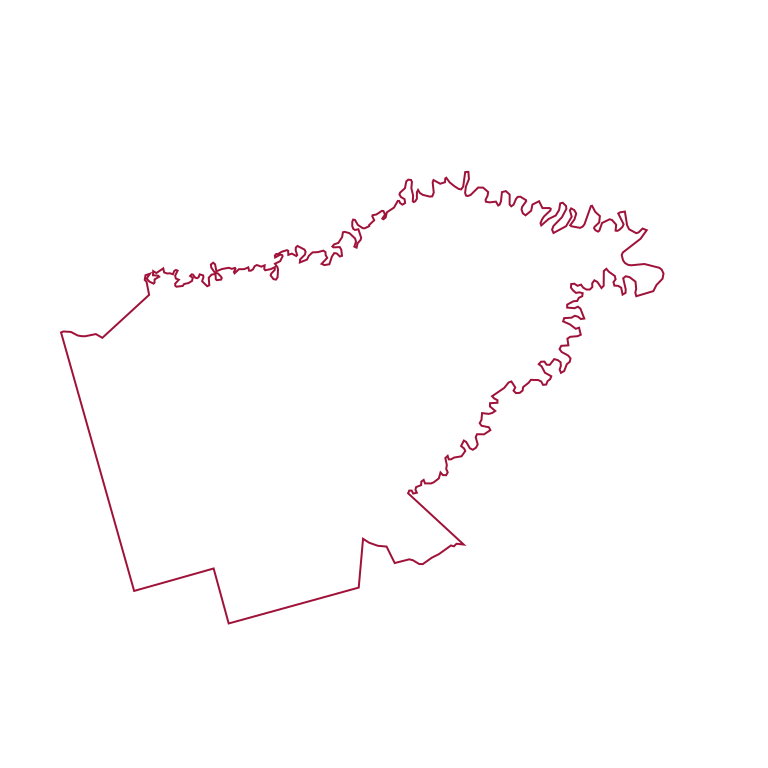 San Pedro, Misiones, Argentina, rotated 255°
{"feature_id": "61730980B51205763692060", "entity_name": "San Pedro", "entity_type": "district", "adm_level": 2, "iso_a3": "ARG", "parent_name": "Argentina", "parent_adm1": "Misiones", "projection": "orthographic", "projection_center": [-53.77, -26.751], "detail": "fine", "context": "isolated", "style": "outline", "palette": "rose", "viewbox_px": 768, "rotation_deg": 255, "n_neighbors": 0, "source": "geoboundaries", "source_scale": "gbopen_adm2", "svg_char_len": 6162}
<svg xmlns="http://www.w3.org/2000/svg" viewBox="0 0 768 768"><g transform="rotate(255 384 384)"><path d="M193.9,306.9L239.9,323.7L234.6,328.5L229.3,336.2L226.3,344.4L208.3,348.0L208.1,363.0L206.3,366.3L201.0,371.4L200.0,374.8L203.9,385.4L205.4,392.8L210.7,406.9L209.1,409.5L210.9,412.7L208.3,419.4L272.2,379.0L274.5,380.8L273.9,383.1L270.6,383.9L270.5,387.6L273.7,387.0L276.1,388.3L276.7,393.7L280.1,394.8L281.1,397.5L277.4,397.9L275.8,403.6L276.1,406.4L278.6,412.5L283.9,415.7L280.8,417.3L279.8,420.4L282.2,422.7L285.9,422.1L289.4,423.7L296.6,424.1L298.1,426.9L294.5,427.0L293.9,429.3L294.8,432.7L294.1,440.2L298.3,445.2L301.1,444.6L304.1,442.4L308.7,446.5L306.8,448.4L299.7,450.3L297.5,452.8L298.7,456.4L301.4,458.9L308.8,458.8L311.4,460.8L309.5,467.6L311.9,474.8L315.1,474.1L318.4,467.4L321.4,466.3L324.2,468.9L330.5,471.2L328.0,477.5L328.0,481.1L329.2,484.5L334.9,480.5L338.0,481.5L336.5,488.7L339.0,489.4L341.5,486.7L344.2,485.2L349.1,499.1L353.2,504.7L353.5,507.7L346.7,509.9L344.0,507.4L341.1,509.1L340.3,512.8L341.8,516.2L345.0,517.6L347.8,524.1L350.0,526.9L347.9,534.0L345.7,536.5L342.0,537.4L341.5,540.6L344.3,542.6L345.7,545.8L348.2,547.6L353.2,542.4L360.3,540.8L363.1,538.6L364.9,541.5L364.1,544.8L360.6,546.0L359.6,549.0L364.0,554.9L362.0,558.1L359.3,560.2L355.6,559.5L352.5,557.4L349.0,557.8L349.9,561.4L355.8,565.7L357.3,569.1L360.5,570.8L363.9,569.2L368.9,563.9L372.3,562.6L375.0,565.1L373.6,572.1L380.3,572.9L381.4,576.0L380.1,583.3L380.6,586.8L387.9,587.0L387.7,583.5L393.5,579.0L398.1,573.2L401.0,575.1L399.5,582.3L400.5,585.9L398.8,588.8L395.8,591.0L395.4,594.4L406.0,593.2L408.5,591.3L407.9,587.7L410.4,580.7L413.3,581.5L414.9,588.6L414.2,592.1L416.8,594.5L417.5,598.2L420.3,599.4L422.0,596.4L422.3,593.0L425.4,590.9L428.7,589.5L432.1,590.7L431.6,593.8L428.8,596.3L429.0,600.0L425.6,601.3L422.9,603.9L422.0,607.3L423.7,610.3L427.4,611.2L429.7,614.0L427.4,616.5L420.4,618.9L422.0,621.6L436.3,625.6L437.7,628.6L434.3,630.2L428.6,634.9L425.2,634.8L423.0,632.0L419.4,632.0L418.2,635.6L415.6,638.0L408.6,637.6L409.5,640.9L413.0,642.0L424.2,642.4L425.5,645.4L423.7,648.8L417.8,653.4L410.5,652.2L407.3,650.4L403.5,650.4L404.0,668.2L409.1,672.8L413.6,680.3L418.4,682.6L422.7,681.8L425.0,680.0L432.5,666.6L434.7,653.4L436.0,650.5L438.6,648.0L441.6,646.9L447.1,647.0L449.2,648.7L457.9,669.4L464.6,677.6L467.2,674.0L464.5,669.1L464.4,666.7L470.0,660.8L474.4,659.9L488.2,661.3L488.7,656.5L488.1,654.4L476.3,656.8L474.0,655.0L472.1,651.4L471.5,649.0L472.2,647.4L477.8,649.5L483.5,646.6L484.7,644.6L483.1,636.3L476.4,631.7L475.8,630.2L477.7,628.1L480.0,627.2L481.2,627.9L484.3,633.6L490.3,636.0L495.6,632.6L502.3,631.1L502.3,629.9L486.3,618.9L484.5,616.4L484.1,613.7L487.9,605.8L489.1,604.9L493.6,610.5L498.9,613.8L502.7,612.8L505.2,610.2L503.6,608.5L497.0,608.6L489.3,600.7L486.0,586.8L489.6,586.3L492.8,588.6L499.0,599.0L506.0,605.5L508.8,605.9L512.8,603.6L512.9,601.0L506.8,598.2L502.3,593.5L500.8,585.8L496.5,577.0L498.8,576.8L501.9,579.1L504.4,581.9L508.6,589.6L510.0,590.4L511.1,589.5L512.9,582.6L520.4,581.1L518.9,573.8L513.3,571.0L510.3,564.4L512.9,562.3L517.0,562.0L519.4,563.3L523.8,568.7L524.8,568.8L529.6,564.2L530.1,561.6L528.7,559.5L523.7,555.6L522.7,552.9L524.8,551.8L534.5,554.4L538.8,551.6L538.8,547.6L530.1,544.2L527.4,542.2L526.9,540.5L531.2,539.3L532.1,533.0L533.7,529.6L535.7,529.8L539.1,532.8L542.5,534.3L548.0,530.6L549.4,525.8L544.2,516.6L543.9,513.6L544.7,512.0L547.6,511.8L553.5,514.2L560.0,519.1L567.1,520.4L567.7,517.3L554.2,511.6L552.0,508.9L553.0,506.7L556.6,503.4L561.6,499.7L567.1,497.5L566.7,496.4L563.1,495.1L562.9,490.1L568.2,484.6L566.2,483.2L556.0,481.6L552.8,479.2L553.1,476.9L556.6,470.5L559.2,468.1L562.6,467.1L560.7,465.4L554.4,463.7L552.3,461.3L552.1,459.7L553.1,459.1L558.5,460.9L566.1,461.1L572.0,463.3L574.1,462.9L575.1,460.3L574.0,458.0L567.7,454.9L564.7,449.1L563.1,448.0L560.3,448.7L557.2,451.7L553.3,451.2L552.5,448.2L554.6,446.4L556.9,446.0L557.3,444.7L551.8,439.3L549.1,431.2L544.4,428.7L543.3,426.1L544.2,425.2L547.5,428.9L551.2,428.2L551.8,426.8L549.7,420.5L550.0,416.7L549.1,416.1L544.7,416.9L541.4,410.8L540.3,410.6L539.4,405.6L540.0,403.8L544.5,399.9L550.0,398.4L550.8,396.8L549.0,395.4L544.8,394.2L541.7,394.5L540.3,395.9L540.1,399.3L531.1,399.8L529.2,398.6L526.8,395.0L522.8,392.8L524.4,390.9L528.7,393.8L532.1,393.7L538.6,389.7L541.2,385.3L541.2,383.6L536.8,381.6L532.1,376.4L531.8,372.0L530.2,369.7L529.1,370.5L527.7,376.7L524.7,377.5L518.7,376.6L518.6,374.4L522.3,372.2L523.3,369.8L520.6,366.7L513.8,362.2L514.3,357.2L516.2,354.8L520.5,361.8L523.6,361.0L526.5,361.6L528.5,360.0L528.5,354.4L529.6,349.0L527.3,344.6L524.1,341.8L523.2,334.2L526.1,335.3L529.5,341.2L532.1,342.5L534.4,342.0L539.7,336.2L538.7,334.2L536.2,333.3L531.0,333.5L530.3,332.4L533.8,328.7L533.5,325.0L537.5,325.9L538.4,324.9L538.2,319.4L536.9,314.9L537.5,313.6L536.3,311.8L534.4,311.6L535.8,317.3L534.8,319.1L533.6,319.1L529.5,315.5L528.4,309.8L524.3,311.3L521.8,311.2L514.6,308.8L512.8,306.7L513.9,304.4L518.2,302.6L519.7,303.5L522.5,308.0L525.1,308.8L524.3,304.4L524.6,298.7L526.1,298.1L529.5,299.4L529.1,295.9L531.8,292.0L531.3,289.6L528.7,287.2L527.9,284.8L528.4,283.0L531.8,283.1L531.1,278.8L532.4,273.6L529.6,268.3L531.0,268.0L533.7,270.4L534.7,270.1L534.6,266.8L536.4,264.2L537.0,257.4L536.3,251.3L543.3,251.8L545.4,250.4L544.2,247.7L541.2,247.3L536.1,249.1L533.6,252.3L529.8,254.4L528.4,254.7L527.0,253.7L527.6,249.3L528.8,248.7L533.9,249.7L534.3,245.8L532.0,242.2L524.6,240.8L524.2,238.5L530.3,234.9L534.0,237.3L535.7,237.4L537.6,234.4L535.1,232.5L534.6,230.8L535.5,229.2L539.1,227.8L539.7,226.6L538.5,224.7L536.2,226.8L533.3,225.3L532.1,221.3L532.3,216.8L530.8,214.9L531.7,208.7L532.9,207.8L535.0,208.3L537.8,212.8L539.8,210.2L542.7,210.3L546.9,214.0L548.0,212.5L547.5,210.7L544.6,208.5L546.3,206.0L546.9,203.1L548.7,200.5L552.8,200.7L550.1,192.8L552.8,190.3L548.8,189.0L547.1,193.9L545.8,194.6L544.4,189.5L541.2,188.5L540.6,187.4L543.5,184.0L547.2,182.0L551.1,186.5L550.8,181.8L546.5,179.8L544.1,181.1L530.9,180.2L501.5,123.9L506.8,118.6L507.5,107.5L508.6,103.9L510.2,100.6L515.3,95.1L517.7,88.0L517.4,85.4L248.8,89.1L249.9,171.7L192.9,172.0L193.9,306.9Z" fill="none" stroke="#9f1239" stroke-width="2"/></g></svg>